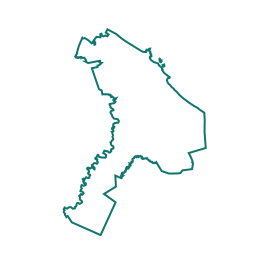 the district of Mazatlán, Sinaloa, Mexico, rotated 170°
{"feature_id": "50627088B53659635813519", "entity_name": "Mazatlán", "entity_type": "district", "adm_level": 2, "iso_a3": "MEX", "parent_name": "Mexico", "parent_adm1": "Sinaloa", "projection": "mercator", "projection_center": [-106.27, 23.48], "detail": "fine", "context": "isolated", "style": "outline", "palette": "teal", "viewbox_px": 256, "rotation_deg": 170, "n_neighbors": 0, "source": "geoboundaries", "source_scale": "gbopen_adm2", "svg_char_len": 5844}
<svg xmlns="http://www.w3.org/2000/svg" viewBox="0 0 256 256"><g transform="rotate(170 128 128)"><path d="M199.8,44.9L173.6,27.3L153.1,57.0L163.1,67.2L150.1,72.4L148.7,83.3L143.3,79.7L142.8,80.0L142.7,80.5L143.1,80.7L142.4,81.1L142.9,81.1L143.1,81.4L142.7,82.0L142.0,82.1L142.4,82.5L141.8,82.6L141.9,82.9L142.4,82.9L142.2,83.2L141.4,83.2L141.6,83.8L142.1,84.1L142.0,84.5L141.3,85.1L140.1,84.6L139.5,84.7L139.4,85.1L138.9,85.6L138.0,85.4L137.5,86.5L137.8,86.8L136.8,87.5L137.0,88.7L136.4,89.1L136.3,88.5L136.0,88.4L135.8,89.9L135.5,89.9L135.2,89.5L134.6,89.6L134.8,89.2L134.4,88.3L133.5,89.2L133.6,89.5L133.3,89.8L133.7,90.0L132.8,90.3L133.1,90.5L133.0,91.5L132.5,91.4L132.5,90.8L131.9,91.2L131.9,92.1L132.3,92.8L131.6,92.6L130.5,93.0L130.3,93.3L130.7,93.6L130.5,94.2L129.4,93.9L129.1,95.0L129.7,95.5L129.0,95.3L129.1,96.6L127.9,97.1L127.7,97.6L128.0,97.9L127.1,97.4L126.4,98.0L126.7,98.3L126.0,98.7L125.5,98.5L125.2,98.7L124.8,98.0L123.9,98.7L123.6,98.0L122.9,98.3L122.9,97.8L122.6,97.6L122.0,98.1L121.6,98.0L120.8,98.4L120.2,97.7L119.5,97.7L119.3,97.3L119.3,96.4L119.8,95.9L119.2,95.1L118.5,95.3L118.3,95.0L117.7,95.3L117.0,95.0L116.3,95.2L115.0,94.5L114.5,95.0L113.4,92.7L112.3,92.3L112.5,91.8L112.2,91.3L111.5,91.2L110.9,90.3L110.0,90.4L109.6,89.3L108.9,89.3L108.4,88.8L107.7,89.2L106.7,88.7L106.1,89.4L102.3,79.7L95.5,76.0L87.5,74.7L84.2,74.5L81.8,76.8L72.0,76.4L70.1,82.0L70.8,83.0L70.2,84.0L71.0,87.8L72.5,92.8L54.9,94.8L53.3,110.8L51.0,122.9L50.2,129.7L54.8,134.2L55.7,135.5L59.0,138.1L63.4,142.3L68.4,147.6L71.4,151.3L73.9,155.4L75.8,157.7L76.2,158.9L77.9,160.7L78.9,162.7L80.4,164.5L81.2,166.5L81.3,167.9L81.1,168.8L80.3,170.0L79.2,170.3L78.7,170.0L78.3,170.2L78.1,170.8L78.2,171.2L78.8,171.3L83.0,176.2L84.3,179.1L84.3,179.5L83.8,179.6L83.8,180.2L84.2,180.6L84.3,181.7L86.3,183.8L87.2,186.4L91.1,188.5L93.4,190.8L94.2,192.5L94.4,193.1L94.1,194.2L93.6,194.7L93.3,194.2L92.6,194.5L92.8,195.2L92.3,195.7L92.4,196.6L93.0,196.9L93.2,197.5L92.8,198.2L93.0,198.6L92.8,199.1L93.1,199.5L93.5,199.6L93.7,200.0L93.6,200.3L93.2,200.5L93.2,201.0L92.5,202.3L93.4,202.3L93.8,201.5L94.6,201.6L95.1,201.8L94.9,202.0L95.6,201.7L96.0,201.9L96.6,201.3L96.4,200.9L96.1,201.0L96.6,199.9L97.3,199.6L99.8,200.4L101.3,201.3L114.7,213.3L118.6,217.1L123.4,222.7L131.1,228.7L133.3,225.8L130.8,223.5L132.4,222.0L134.0,223.0L136.2,222.5L137.5,223.2L137.8,225.5L138.9,225.3L139.5,222.1L143.2,223.2L146.7,220.1L146.4,219.4L146.6,219.2L146.0,219.3L146.1,218.6L145.7,218.4L145.8,217.9L145.4,217.3L146.0,216.4L145.9,215.9L146.5,215.8L146.4,217.3L146.8,217.2L147.3,217.6L147.2,218.0L147.9,218.0L148.0,218.2L147.7,218.4L148.0,218.7L149.2,217.8L151.6,221.1L155.1,224.2L156.2,223.9L157.4,224.1L157.5,224.5L162.1,217.4L164.7,212.1L165.1,211.2L165.0,210.5L165.6,210.0L165.9,209.3L166.8,208.8L166.7,208.3L167.5,207.5L166.3,206.6L166.6,206.3L165.8,205.9L165.6,206.3L165.3,206.4L165.2,206.0L164.8,206.0L164.6,205.7L163.9,206.1L163.3,205.8L162.9,206.2L161.9,206.1L161.8,205.9L161.8,205.3L161.3,205.7L160.4,204.9L158.8,204.8L157.7,202.4L157.6,200.7L158.4,200.8L156.0,198.9L144.9,199.1L145.0,198.6L143.9,198.8L144.1,196.8L142.8,196.6L145.2,194.9L145.9,195.0L146.6,194.6L147.2,194.7L147.4,193.3L153.2,193.2L149.8,171.2L147.4,169.6L147.3,165.5L146.4,165.6L144.5,165.0L144.1,165.2L143.3,164.8L142.0,164.8L141.5,164.6L140.9,163.8L140.2,164.1L139.5,163.7L139.6,163.3L139.3,162.9L139.6,162.4L139.2,161.3L138.2,161.7L138.1,161.3L136.9,160.6L136.9,159.0L134.5,159.4L135.4,158.4L137.6,158.0L137.5,157.6L136.9,156.8L135.8,156.1L136.2,155.5L137.5,154.9L141.9,154.8L142.1,154.4L141.5,152.8L141.7,151.3L139.4,149.0L139.1,148.4L139.2,148.0L141.5,147.7L142.6,146.5L142.1,144.7L141.6,144.0L141.5,142.3L140.2,139.7L136.5,138.4L135.8,136.4L136.5,135.2L137.0,134.9L138.1,135.2L139.1,135.0L140.3,135.2L141.7,134.5L142.3,132.6L141.3,131.6L141.5,130.7L142.4,130.5L143.3,130.9L143.9,130.5L143.8,129.4L143.0,128.8L142.8,127.6L143.2,127.2L144.7,127.0L144.2,125.9L144.3,124.8L144.1,124.2L144.1,123.2L144.8,122.1L144.4,119.8L145.1,118.8L146.1,118.5L147.1,116.8L147.7,116.8L147.4,114.1L147.1,113.6L146.0,112.9L145.7,111.9L145.6,111.3L146.1,110.3L147.7,110.1L148.4,109.8L148.6,109.3L148.4,108.3L149.9,107.0L151.3,107.4L152.1,108.7L153.8,109.0L154.7,109.7L155.3,109.7L156.7,107.6L155.7,106.9L154.3,105.2L154.7,104.2L154.8,103.2L155.6,102.7L159.2,103.6L161.4,104.6L161.9,105.0L161.8,106.5L162.2,106.8L162.8,106.6L163.4,105.5L164.3,104.6L165.5,104.0L165.3,103.0L164.0,102.7L163.7,102.3L164.2,100.6L163.7,99.9L164.1,98.7L164.8,98.2L166.5,99.2L167.9,99.1L169.1,97.8L169.9,97.7L169.9,96.9L168.3,95.3L167.8,94.3L168.2,93.1L168.8,93.5L169.4,95.0L170.8,95.5L171.2,95.5L171.7,94.8L172.1,94.7L172.7,94.8L174.1,96.0L174.7,95.9L175.1,95.6L175.4,94.9L174.4,93.6L173.8,92.1L174.3,91.0L175.1,90.7L175.1,90.0L174.5,89.0L173.5,88.6L173.4,88.1L174.5,86.8L174.8,85.7L176.2,85.7L177.8,86.8L179.5,85.1L180.7,85.9L181.5,85.6L181.4,84.9L180.5,84.8L180.1,84.1L180.3,83.5L181.3,83.0L181.1,81.5L180.5,80.9L179.4,81.1L179.1,80.1L179.5,79.3L181.2,78.8L181.7,78.8L182.5,79.4L183.6,79.8L184.3,78.6L184.4,77.5L184.0,76.5L185.3,75.2L185.8,74.0L184.0,73.2L183.3,72.3L183.1,71.3L184.5,70.2L185.1,70.3L185.3,70.9L186.0,71.1L187.0,70.0L187.8,69.6L187.3,68.1L187.8,66.4L187.6,65.5L186.2,64.1L186.0,63.2L186.4,62.6L187.6,62.0L188.9,61.7L189.8,62.6L190.9,62.9L191.4,62.6L192.0,61.6L192.3,60.3L193.0,59.7L194.0,59.4L194.2,58.3L194.5,58.0L196.3,58.1L198.2,60.1L198.7,60.2L200.7,59.9L201.8,59.2L202.9,59.6L204.3,60.6L204.8,59.7L205.3,59.4L205.4,59.1L204.8,57.9L205.6,57.3L205.8,56.1L204.8,54.4L205.1,53.9L205.0,53.0L204.4,52.0L204.2,51.0L202.6,51.8L199.8,44.9ZM85.2,189.0L85.0,187.7L84.2,187.0L83.2,188.0L83.4,188.5L84.5,188.9L84.2,189.1L84.6,189.2L84.9,189.8L85.2,189.0ZM82.3,182.3L81.4,182.7L81.4,184.3L82.7,184.0L82.5,183.8L82.9,182.9L82.3,182.3ZM84.1,191.1L85.1,190.4L84.9,189.8L84.1,191.1Z" fill="none" stroke="#0f766e" stroke-width="2"/></g></svg>